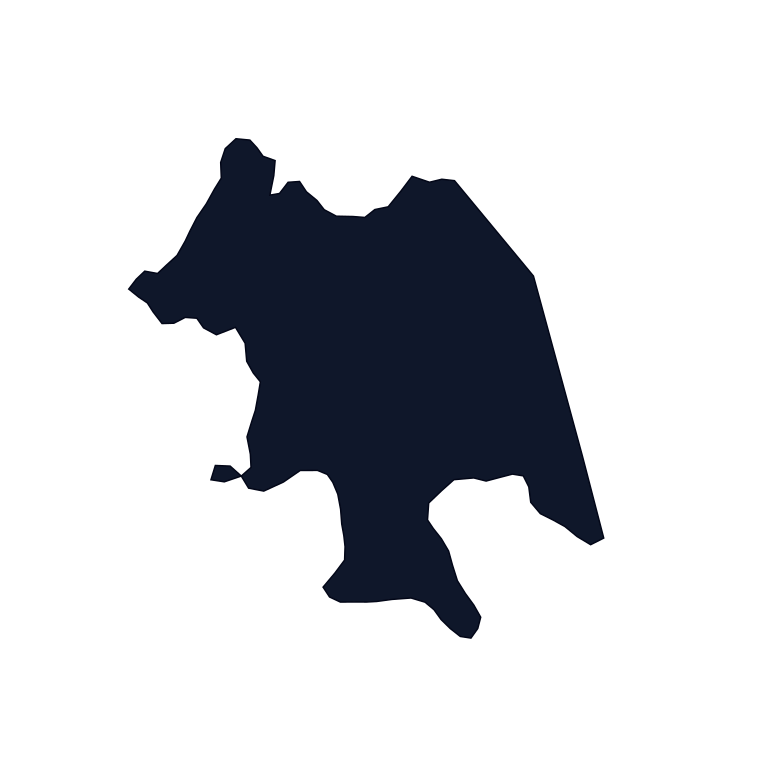 outline of Marema, Santa Catarina, Brazil, rotated 211°
{"feature_id": "56859067B18481961771454", "entity_name": "Marema", "entity_type": "district", "adm_level": 2, "iso_a3": "BRA", "parent_name": "Brazil", "parent_adm1": "Santa Catarina", "projection": "robinson", "projection_center": [-52.623, -26.808], "detail": "fine", "context": "isolated", "style": "filled", "palette": "ink", "viewbox_px": 768, "rotation_deg": 211, "n_neighbors": 0, "source": "geoboundaries", "source_scale": "gbopen_adm2", "svg_char_len": 1624}
<svg xmlns="http://www.w3.org/2000/svg" viewBox="0 0 768 768"><g transform="rotate(211 384 384)"><path d="M428.3,594.6L439.9,589.3L448.9,580.4L466.9,576.5L468.9,557.7L471.7,538.0L481.7,528.8L486.2,516.9L496.8,511.6L511.3,503.3L525.0,502.6L536.0,506.8L549.5,508.8L560.7,514.1L570.1,507.5L571.7,493.5L579.1,487.1L585.8,505.9L592.4,519.4L605.0,516.9L614.4,521.0L624.6,524.0L637.2,518.0L641.3,504.0L638.1,489.8L629.5,476.7L629.7,463.9L629.1,446.9L630.1,430.4L629.1,415.1L628.0,404.1L627.6,387.6L631.5,374.5L635.0,362.1L647.2,357.5L650.3,346.3L651.7,333.9L638.8,332.1L628.6,331.6L618.9,326.8L605.4,321.5L595.4,327.9L588.7,338.7L578.3,344.0L567.6,339.2L553.0,339.9L540.5,356.1L524.0,347.4L513.4,332.8L501.7,326.1L491.1,322.2L486.2,309.8L480.7,295.2L478.1,283.9L474.2,268.1L462.4,255.0L455.0,244.0L458.9,231.6L446.4,225.0L431.9,230.3L419.7,248.2L411.3,266.7L396.5,275.7L386.0,277.3L377.3,273.4L366.9,265.8L356.7,254.3L348.1,242.2L340.3,233.3L333.6,224.5L327.1,212.8L328.7,196.8L331.6,178.5L321.0,173.4L309.1,174.6L297.5,181.7L286.7,188.1L278.3,193.8L266.3,203.4L250.6,214.5L236.5,218.1L224.9,216.3L213.7,211.5L201.2,208.5L188.6,206.9L178.6,211.0L177.7,222.7L181.0,233.9L193.2,240.8L206.3,246.3L219.8,253.2L232.0,264.0L242.6,274.1L255.1,280.9L267.3,285.5L276.7,289.9L284.4,305.0L279.7,322.2L274.8,338.0L258.7,349.7L246.5,353.4L236.9,363.3L227.5,372.9L217.3,377.0L206.9,370.4L197.3,358.2L183.2,353.4L169.1,354.5L155.5,355.0L139.8,352.7L124.1,352.7L116.3,365.1L177.1,424.7L311.5,553.5L428.3,594.6ZM458.9,231.6L473.6,234.4L486.6,227.3L483.0,212.8L470.5,217.9L458.9,231.6Z" fill="#0f172a" stroke="#020617" stroke-width="1.5"/></g></svg>